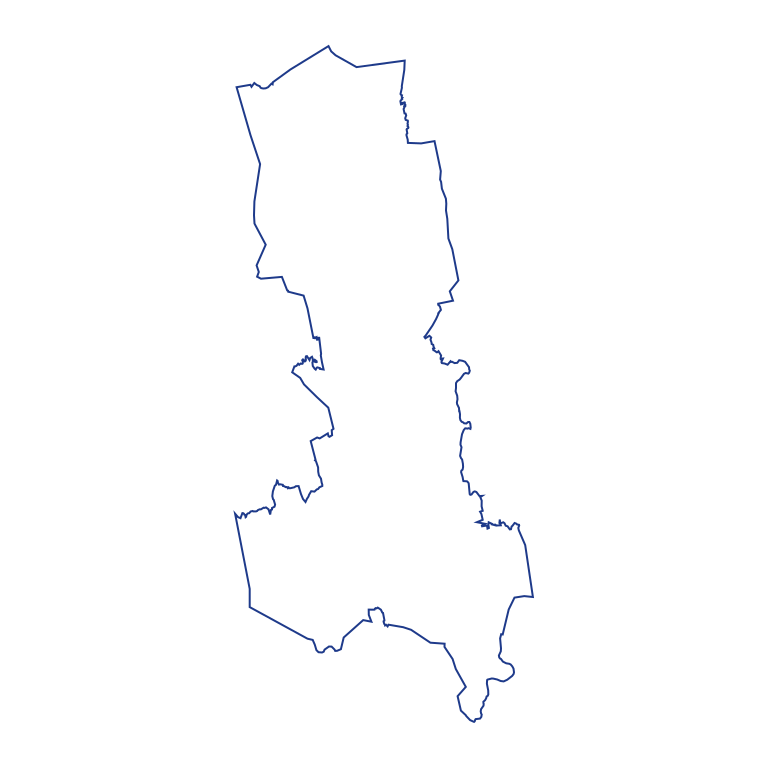 the district of Tamasopo, San Luis Potosí, Mexico
{"feature_id": "50627088B81601149973315", "entity_name": "Tamasopo", "entity_type": "district", "adm_level": 2, "iso_a3": "MEX", "parent_name": "Mexico", "parent_adm1": "San Luis Potosí", "projection": "equal_earth", "projection_center": [-99.326, 21.931], "detail": "fine", "context": "isolated", "style": "outline", "palette": "blue", "viewbox_px": 768, "rotation_deg": 0, "n_neighbors": 0, "source": "geoboundaries", "source_scale": "gbopen_adm2", "svg_char_len": 6096}
<svg xmlns="http://www.w3.org/2000/svg" viewBox="0 0 768 768"><path d="M512.2,675.9L513.6,674.0L514.0,672.3L513.5,668.6L512.3,666.4L510.7,664.5L509.3,663.8L506.2,663.3L502.9,661.6L501.0,659.0L499.9,658.4L499.2,657.3L498.9,655.5L500.8,651.3L501.0,648.4L500.1,638.4L501.2,634.2L502.7,634.5L508.7,609.5L514.5,597.6L524.3,596.1L532.9,597.0L525.2,545.1L518.8,530.3L518.3,527.9L519.2,525.5L519.0,524.8L517.1,524.5L516.4,523.7L514.6,523.0L512.5,525.8L511.6,526.5L511.0,529.2L509.8,529.4L507.6,526.3L505.7,525.7L504.5,523.2L503.3,522.3L500.7,523.2L500.1,522.5L499.8,519.5L499.4,523.0L500.4,523.8L500.8,525.3L496.6,525.5L495.6,524.9L495.6,525.4L491.9,524.4L492.1,523.9L488.7,522.3L488.4,525.0L488.9,528.0L487.5,528.6L487.0,525.5L482.1,526.3L481.9,525.5L485.1,523.8L476.9,522.2L482.7,519.8L481.4,514.0L480.1,511.7L482.7,510.8L481.6,506.3L481.7,500.6L480.3,497.1L482.1,495.9L479.5,496.1L476.4,492.0L474.8,491.4L473.5,491.9L471.5,494.5L470.3,494.8L469.7,494.1L468.7,483.5L468.3,482.6L467.0,481.3L463.4,481.1L463.2,480.3L462.6,477.0L461.1,472.1L461.4,470.6L462.6,469.6L463.1,467.0L462.9,463.7L462.1,459.5L461.0,458.1L460.1,455.9L461.5,447.2L460.5,444.8L460.6,442.3L462.0,434.3L463.7,430.1L465.1,428.4L465.6,428.3L467.5,428.6L468.6,428.2L470.4,428.9L470.7,427.5L470.3,423.8L469.4,422.0L468.1,422.0L466.3,423.5L464.1,423.3L463.2,422.4L461.7,421.8L460.4,420.1L459.9,417.8L460.0,414.2L459.5,411.2L459.2,411.2L459.0,408.0L457.1,404.1L456.9,402.4L457.5,399.2L457.2,395.7L455.6,391.3L456.0,388.0L456.0,383.1L457.2,381.2L459.7,379.5L461.0,377.9L464.0,373.8L465.7,373.0L468.3,373.6L469.1,372.8L469.8,370.7L469.2,369.4L469.0,367.2L465.1,361.8L462.5,360.8L459.2,360.2L457.3,362.8L454.6,363.1L451.9,361.7L451.0,362.0L450.5,361.3L447.6,364.7L444.6,363.5L441.9,363.1L441.5,362.5L441.5,361.7L443.0,358.5L442.0,358.6L441.2,359.7L440.7,359.2L440.6,358.1L441.1,355.5L438.5,351.2L437.4,352.2L436.7,352.3L434.2,350.4L433.4,350.2L433.0,348.6L434.3,348.2L433.6,346.8L433.2,344.8L431.7,344.0L431.5,342.4L430.5,339.7L431.2,337.5L429.4,335.8L425.4,338.3L424.4,336.9L425.7,335.5L432.5,325.5L436.1,319.0L438.2,314.4L438.2,313.4L438.7,313.2L438.8,312.5L440.9,309.9L440.0,306.7L439.1,305.5L438.2,304.8L438.2,303.7L453.0,300.7L449.8,291.3L458.4,280.4L452.3,249.2L448.4,238.5L447.3,218.8L446.0,210.5L446.3,203.7L445.9,198.7L441.9,188.7L441.1,181.9L440.1,179.6L440.8,171.1L434.5,141.1L421.2,143.4L407.9,142.9L407.7,139.6L406.5,135.4L406.5,134.3L407.3,133.3L406.6,129.5L406.9,128.9L408.2,128.1L408.4,127.4L408.0,126.3L407.5,126.0L407.9,124.6L407.5,123.8L407.9,121.9L407.8,120.6L405.7,119.9L405.2,118.2L406.2,115.4L405.6,113.6L404.5,113.4L403.6,109.0L404.5,107.2L404.1,106.7L404.1,106.2L404.5,105.8L405.3,105.9L405.4,104.8L404.8,104.0L404.8,102.5L404.3,102.3L403.3,102.9L402.5,102.9L402.6,104.0L401.0,104.4L400.4,101.3L400.6,100.6L402.2,99.1L401.8,98.3L402.4,97.7L401.9,97.4L401.7,96.3L402.0,95.3L401.1,94.9L400.5,94.0L401.9,87.8L401.8,86.2L404.3,69.9L404.7,60.6L356.5,67.1L335.6,55.3L331.2,51.4L328.5,46.1L290.4,69.5L272.9,82.2L272.6,84.3L271.5,83.6L268.1,87.2L265.7,88.3L263.3,88.5L261.3,88.1L260.5,87.6L259.7,86.2L256.8,85.0L254.3,83.0L251.5,86.8L250.4,84.8L236.6,87.2L250.5,135.2L260.1,164.1L254.4,201.4L254.0,215.3L254.5,223.6L265.7,244.7L256.6,265.4L258.8,272.0L257.1,276.7L261.0,278.7L281.9,276.9L287.2,290.4L288.1,290.7L288.2,291.7L303.6,295.6L307.5,308.4L313.4,338.0L314.1,338.0L314.7,337.5L314.9,338.0L316.4,337.2L316.4,338.5L316.9,338.6L317.1,339.7L317.7,339.6L317.7,337.8L319.2,337.8L321.1,353.8L320.8,355.4L322.0,362.4L323.6,369.5L319.9,368.9L319.9,368.1L317.4,367.4L316.7,367.7L315.7,369.6L314.7,368.8L312.8,366.0L312.4,362.6L312.8,361.6L313.5,361.3L316.1,362.2L316.7,362.0L316.6,361.2L314.7,359.7L312.9,361.4L312.7,358.6L312.0,356.8L310.2,358.0L309.5,360.1L306.9,356.1L305.9,356.4L305.7,357.5L305.9,360.0L305.6,360.9L304.8,361.5L304.1,361.2L303.6,359.6L302.9,359.4L302.2,360.2L302.9,361.8L302.7,363.5L302.0,363.9L300.7,363.5L299.2,364.8L298.1,363.7L296.5,365.8L295.0,366.5L294.4,366.4L292.2,372.3L300.2,377.9L304.0,384.4L317.0,397.2L328.3,407.7L333.5,428.8L331.7,430.2L332.1,435.2L329.5,436.8L328.5,436.2L327.8,433.4L319.7,438.4L317.1,437.5L310.7,441.1L315.5,459.6L315.0,460.3L315.9,461.0L318.1,467.4L318.2,471.7L318.9,475.3L321.0,478.7L321.6,482.4L322.3,484.7L322.3,486.0L319.4,487.3L318.1,489.0L316.8,489.4L314.5,491.6L311.2,491.2L309.0,494.9L308.5,496.5L306.9,498.9L305.5,502.0L303.0,499.0L301.0,494.1L298.6,486.1L295.9,486.2L294.3,487.3L290.4,488.2L289.2,488.2L288.6,487.4L287.8,488.2L286.9,487.0L285.5,487.1L284.5,486.3L283.0,486.0L282.8,484.8L280.1,484.3L279.0,484.6L277.9,482.7L277.6,480.9L277.1,480.5L276.0,484.8L274.8,485.7L272.9,491.4L272.3,496.1L273.0,499.1L273.7,499.8L275.1,504.6L274.5,506.7L272.0,508.0L272.0,509.5L270.9,510.0L270.2,514.5L268.5,509.3L266.0,507.4L264.6,507.9L263.6,507.7L260.8,509.4L259.7,509.3L257.9,510.1L257.1,511.0L256.0,511.4L253.2,511.4L252.7,511.0L250.6,511.5L249.2,513.2L248.1,513.3L247.3,513.8L246.5,515.1L246.1,516.8L245.6,517.2L245.1,514.9L244.4,514.7L243.9,513.7L243.2,513.2L242.4,513.1L240.5,518.2L238.0,517.1L235.1,513.7L249.7,588.9L249.7,607.1L307.5,638.7L312.7,639.9L314.8,644.7L316.4,650.1L318.5,652.2L322.0,652.5L323.7,651.7L324.6,649.6L329.0,646.5L331.6,646.6L334.6,649.6L335.2,650.9L337.1,650.8L340.9,649.2L343.7,637.5L363.2,620.1L371.4,621.7L368.8,614.9L368.7,609.6L374.1,609.7L374.7,609.5L374.9,608.7L375.7,608.1L376.6,608.4L377.7,607.6L378.1,607.8L380.9,609.7L382.3,612.6L383.0,612.9L384.4,620.1L384.4,620.6L383.6,621.2L383.6,621.8L384.3,624.0L384.9,624.5L385.1,625.4L386.1,624.8L387.6,626.4L388.5,624.7L403.2,627.2L411.1,629.8L430.4,642.7L444.6,643.7L444.5,646.9L452.6,659.0L455.8,669.0L465.8,686.9L457.6,696.2L460.9,710.6L465.8,715.2L466.2,716.0L470.1,720.1L474.0,721.9L474.7,721.3L475.3,719.5L475.7,719.1L480.0,718.6L481.3,716.9L481.7,714.5L481.1,713.5L480.7,711.3L481.1,709.1L483.5,705.7L483.7,703.8L483.4,703.1L483.4,701.7L485.0,700.3L486.1,698.4L486.6,696.5L487.8,695.7L488.3,694.4L488.2,690.5L486.9,683.7L487.1,680.1L487.5,679.6L491.7,678.5L493.3,678.6L497.2,679.5L500.7,681.0L503.7,681.4L507.3,679.7L512.2,675.9Z" fill="none" stroke="#1e3a8a" stroke-width="2"/></svg>